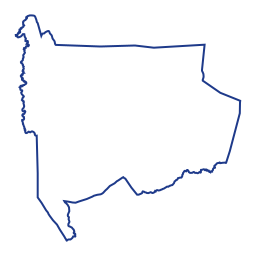 outline of Panda, Inhambane, Mozambique
{"feature_id": "85939544B74614871029564", "entity_name": "Panda", "entity_type": "district", "adm_level": 2, "iso_a3": "MOZ", "parent_name": "Mozambique", "parent_adm1": "Inhambane", "projection": "robinson", "projection_center": [34.062, -24.057], "detail": "fine", "context": "isolated", "style": "outline", "palette": "blue", "viewbox_px": 256, "rotation_deg": 0, "n_neighbors": 0, "source": "geoboundaries", "source_scale": "gbopen_adm2", "svg_char_len": 5519}
<svg xmlns="http://www.w3.org/2000/svg" viewBox="0 0 256 256"><path d="M25.7,132.9L26.1,133.1L27.2,132.8L28.6,131.7L28.9,131.7L29.7,132.2L30.3,132.3L31.0,131.8L31.9,131.4L32.2,131.4L33.4,131.9L34.3,132.7L34.8,133.7L34.8,134.5L35.2,135.3L36.2,135.8L36.7,135.7L37.7,173.2L37.7,197.4L41.6,202.9L46.1,210.3L47.9,212.5L48.5,214.0L49.6,215.7L53.0,220.3L57.0,224.6L59.9,229.7L64.3,236.5L65.4,238.5L65.9,239.1L66.5,240.4L66.8,240.6L67.7,239.8L68.9,239.4L70.3,239.5L70.9,239.2L72.4,237.9L73.2,236.4L75.2,236.5L75.4,236.1L75.1,235.6L75.1,234.8L75.3,234.2L75.0,233.6L74.0,233.5L73.8,233.2L73.7,232.8L74.3,231.3L73.6,229.5L72.8,228.8L71.9,227.6L70.2,226.7L69.1,226.3L68.5,225.9L68.3,225.3L68.4,223.9L69.3,222.2L69.4,221.7L69.2,220.9L68.6,219.2L68.9,217.5L68.7,216.9L68.0,216.3L67.8,215.4L67.9,214.6L69.3,211.2L69.0,207.3L67.6,204.8L65.8,202.9L65.0,202.4L64.3,201.1L68.6,201.7L72.6,202.5L75.6,202.7L78.9,201.5L86.8,199.0L92.4,196.6L94.0,195.7L97.3,194.8L100.7,194.3L102.3,193.5L103.2,192.8L105.5,190.3L107.0,189.0L109.8,186.0L114.6,183.3L116.9,181.2L118.2,180.5L122.6,177.5L123.3,177.2L124.2,178.1L125.3,178.6L131.4,187.6L137.1,194.7L138.6,194.7L141.6,193.4L142.2,192.9L142.5,191.7L142.8,191.4L144.0,191.7L144.9,192.3L146.0,192.5L146.9,193.0L148.3,193.1L150.7,192.2L151.0,192.3L152.3,193.0L153.4,192.8L154.6,192.1L154.7,191.6L155.0,191.1L155.4,191.5L155.7,191.5L156.0,190.7L157.0,190.1L157.3,190.1L158.5,190.5L159.8,190.3L161.0,189.7L161.7,189.6L162.5,189.0L163.7,188.7L167.1,186.6L168.4,186.7L169.6,185.8L170.3,185.7L171.3,185.2L172.2,185.1L172.6,184.8L174.0,183.1L174.6,181.4L175.5,180.8L176.2,180.0L177.0,179.8L177.5,179.3L177.9,178.2L180.1,177.6L181.3,177.6L181.6,177.4L182.3,176.0L182.3,174.9L182.9,174.2L183.0,173.1L183.5,172.6L184.1,171.4L184.7,170.9L185.0,170.8L185.9,171.3L186.3,171.3L187.1,170.0L187.6,170.0L188.4,170.9L188.9,172.1L189.7,172.7L190.4,172.9L192.2,172.8L193.4,172.1L193.9,172.0L194.7,172.7L195.3,172.9L196.2,172.8L197.5,173.2L198.1,173.1L199.4,172.1L200.4,172.6L200.8,172.4L200.9,171.9L200.9,170.3L201.0,169.9L202.0,169.8L203.6,169.3L204.6,169.5L204.9,170.1L205.1,170.1L205.5,169.5L206.4,169.5L207.1,169.9L207.2,170.2L206.9,170.7L207.1,170.8L207.5,170.6L208.5,170.5L208.8,170.6L208.9,171.4L209.3,171.9L209.6,172.0L210.2,171.6L210.6,172.1L210.8,171.7L211.1,171.6L212.1,171.6L212.1,171.1L212.2,170.7L212.9,170.1L213.1,168.8L213.8,168.0L214.9,167.8L215.0,167.6L214.9,167.1L214.3,166.7L214.3,166.1L214.5,165.7L215.8,164.7L216.9,163.4L218.0,163.0L219.1,162.9L219.5,162.5L219.9,162.6L220.2,163.1L220.7,163.1L222.4,162.8L225.1,162.6L225.6,162.9L226.1,162.8L229.8,151.2L239.8,113.3L240.0,102.7L240.2,100.8L220.3,92.8L202.8,80.7L202.7,80.0L203.3,78.1L203.6,76.9L203.5,74.8L203.3,73.6L202.0,70.7L202.0,69.9L204.6,44.7L153.8,47.7L134.9,45.5L100.4,46.5L55.8,44.9L55.4,44.5L55.0,43.6L54.7,41.8L54.4,41.0L52.6,38.6L51.7,35.4L49.9,33.4L49.2,31.5L48.8,31.1L48.2,31.0L47.2,31.3L45.4,32.2L44.2,33.4L42.6,33.6L41.9,34.5L41.3,35.9L37.7,23.1L36.9,22.1L36.3,19.7L35.2,16.8L34.5,15.9L33.7,15.6L31.9,15.4L29.8,15.4L27.7,16.1L26.2,17.2L26.2,17.4L27.0,17.3L27.1,17.7L26.8,18.5L26.2,18.9L25.9,19.5L25.5,19.7L25.3,20.1L24.5,20.4L23.5,21.2L23.4,21.8L23.0,22.1L23.2,23.2L23.1,24.0L24.1,25.4L23.7,25.7L23.4,25.7L23.5,26.4L23.3,26.8L22.6,27.2L22.3,27.6L21.7,27.7L21.5,28.2L21.2,27.9L20.8,28.2L20.9,28.8L19.6,29.5L19.9,30.2L19.5,30.5L19.3,31.2L20.1,31.5L20.1,32.3L19.8,32.3L19.2,32.9L18.5,32.6L18.2,33.0L18.4,33.1L18.4,33.6L17.5,34.3L17.3,34.8L17.0,35.0L15.8,35.0L15.9,36.0L16.5,36.4L17.5,36.5L17.5,36.8L17.9,37.3L18.7,37.3L20.6,36.6L21.5,35.9L23.0,34.1L24.3,34.2L24.7,36.6L25.9,38.6L25.9,38.9L25.5,39.2L25.4,41.0L26.3,41.4L27.1,41.0L27.6,41.0L27.9,41.7L27.9,42.5L27.6,42.7L27.5,43.3L26.9,43.5L26.7,43.9L27.1,43.9L27.5,44.5L28.5,44.6L28.9,45.1L28.6,45.9L28.1,46.3L26.3,46.2L25.8,46.9L25.7,47.9L24.1,48.1L24.1,48.6L23.7,49.2L23.9,49.5L24.7,49.9L24.7,50.2L24.4,50.7L24.4,51.6L24.9,52.4L24.9,52.8L24.2,53.7L24.0,54.2L23.4,54.8L23.2,55.9L23.6,56.8L23.5,57.7L22.9,58.3L23.0,58.9L22.8,59.4L22.8,60.2L21.7,61.3L21.2,61.6L20.9,62.1L21.1,62.9L22.3,63.4L22.5,64.5L23.0,64.9L22.9,65.6L23.7,66.6L23.3,67.1L23.3,67.4L23.6,68.0L23.8,68.8L23.0,69.7L23.2,70.5L22.9,70.9L22.6,71.0L22.6,71.3L23.1,72.0L23.5,71.9L23.5,72.6L23.8,72.9L23.3,73.0L23.0,73.3L22.8,73.7L22.9,74.0L22.6,74.7L22.4,74.6L22.4,74.9L21.9,75.1L21.5,74.9L20.9,75.6L20.8,76.0L21.2,76.8L21.8,77.2L21.8,77.5L22.3,77.6L22.8,78.3L22.5,78.7L22.0,78.9L22.0,79.4L22.3,79.5L22.1,79.8L22.2,80.0L23.1,80.3L23.2,80.7L23.5,81.0L23.9,80.9L24.0,81.2L24.5,81.2L24.6,81.9L25.6,81.8L26.0,82.1L26.2,82.4L26.1,82.7L26.3,83.2L25.7,84.1L24.7,84.5L24.3,85.0L23.8,85.0L23.3,85.4L22.6,85.3L21.8,85.6L21.6,85.8L21.9,86.3L21.3,86.4L21.1,86.0L20.6,85.9L20.4,86.4L20.6,86.8L20.3,87.5L20.1,87.4L19.9,87.1L19.6,87.3L20.3,88.2L20.4,89.7L21.4,90.4L22.0,90.3L22.2,90.5L22.2,91.0L21.9,91.8L21.2,92.5L21.2,92.8L21.9,94.4L22.6,94.9L23.0,95.7L23.5,95.9L23.8,96.4L23.3,97.4L22.7,97.8L22.3,98.7L22.4,99.2L21.9,100.0L22.7,100.9L23.3,101.0L23.7,101.3L23.5,102.0L23.8,102.3L23.5,103.6L23.9,104.6L23.9,105.1L24.2,106.1L23.7,107.7L22.5,109.1L22.3,109.9L22.5,110.8L23.1,111.3L23.9,111.4L24.7,110.8L25.1,111.2L25.3,111.7L24.4,113.6L23.8,114.1L22.8,114.2L22.3,115.1L22.4,115.7L22.8,115.9L23.0,116.5L23.6,116.7L24.0,117.1L23.9,117.5L24.1,118.4L24.0,119.1L23.7,119.6L23.2,119.9L22.7,119.8L22.2,119.9L22.1,120.9L22.8,122.2L22.8,123.1L23.1,123.6L23.0,124.2L23.4,124.8L23.9,126.4L24.4,127.3L24.3,128.3L24.5,128.9L24.9,129.0L24.8,130.1L25.3,130.3L25.1,130.8L25.3,131.3L25.2,131.9L25.7,132.9Z" fill="none" stroke="#1e3a8a" stroke-width="2"/></svg>